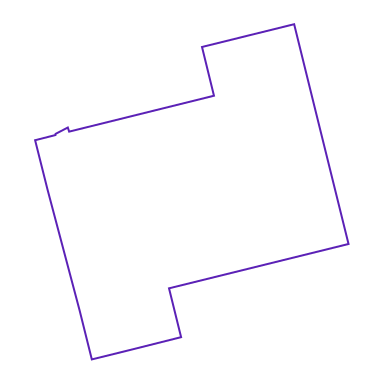 Beckham, Oklahoma, United States of America (Equal Earth projection), rotated 166°
{"feature_id": "52423323B70117049347271", "entity_name": "Beckham", "entity_type": "district", "adm_level": 2, "iso_a3": "USA", "parent_name": "United States of America", "parent_adm1": "Oklahoma", "projection": "equal_earth", "projection_center": [-99.609, 35.27], "detail": "fine", "context": "isolated", "style": "outline", "palette": "violet", "viewbox_px": 384, "rotation_deg": 166, "n_neighbors": 0, "source": "geoboundaries", "source_scale": "gbopen_adm2", "svg_char_len": 386}
<svg xmlns="http://www.w3.org/2000/svg" viewBox="0 0 384 384"><g transform="rotate(166 192 192)"><path d="M52.5,242.0L52.3,330.1L101.1,330.2L147.2,330.3L147.4,280.1L296.6,280.3L296.9,284.6L310.3,281.4L310.7,280.3L331.7,280.2L331.6,229.5L329.7,104.3L329.7,78.9L329.7,53.8L291.2,53.7L237.7,53.8L237.6,104.1L52.7,103.7L52.5,242.0Z" fill="none" stroke="#5b21b6" stroke-width="2"/></g></svg>